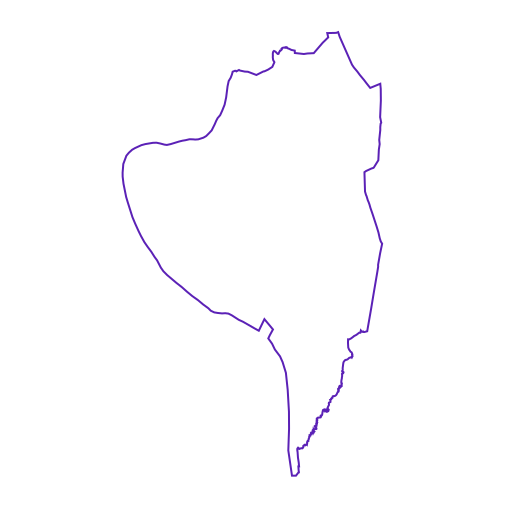 outline of Tabores pag., Daugavpils, Latvia, rotated 268°
{"feature_id": "27541924B89524282824071", "entity_name": "Tabores pag.", "entity_type": "district", "adm_level": 2, "iso_a3": "LVA", "parent_name": "Latvia", "parent_adm1": "Daugavpils", "projection": "equal_earth", "projection_center": [26.623, 55.872], "detail": "fine", "context": "isolated", "style": "outline", "palette": "violet", "viewbox_px": 512, "rotation_deg": 268, "n_neighbors": 0, "source": "geoboundaries", "source_scale": "gbopen_adm2", "svg_char_len": 5737}
<svg xmlns="http://www.w3.org/2000/svg" viewBox="0 0 512 512"><g transform="rotate(268 256 256)"><path d="M176.9,364.5L199.7,369.3L214.1,372.2L235.9,376.7L241.0,377.7L242.9,377.7L254.6,380.2L263.9,382.5L266.2,381.2L269.3,380.3L275.2,379.2L281.2,377.6L293.7,374.0L300.2,372.0L303.5,371.2L306.0,370.4L307.7,369.7L311.9,368.6L313.1,368.1L316.6,367.2L336.0,367.3L337.1,369.0L339.4,374.4L340.0,376.5L340.7,377.1L347.4,381.6L358.1,382.5L363.5,383.5L367.7,383.2L377.5,384.6L380.5,384.7L384.0,385.2L384.8,385.8L390.4,384.9L406.9,386.2L418.6,386.5L423.8,386.2L420.0,376.0L425.0,372.3L428.0,370.2L433.3,366.1L436.8,363.7L441.0,360.4L443.9,358.6L472.1,347.3L476.9,345.9L476.2,344.0L476.3,335.0L472.0,335.8L466.8,330.1L456.7,320.8L456.6,314.5L456.2,310.9L457.5,301.9L459.9,301.9L460.7,298.6L461.8,296.6L462.6,294.6L462.8,294.7L463.6,294.0L463.7,293.0L463.4,292.5L463.1,292.4L463.2,291.9L463.4,291.8L463.4,291.5L463.1,289.8L462.8,289.3L462.5,289.0L462.2,289.1L462.0,288.8L461.7,289.0L461.1,288.6L460.2,287.5L460.3,287.1L459.7,286.8L458.6,286.1L457.4,285.7L457.1,285.1L457.2,284.7L459.6,282.5L460.3,281.1L459.7,280.4L458.9,280.1L458.0,279.9L456.0,279.8L455.5,279.9L454.3,279.7L451.8,279.9L450.7,280.2L449.5,281.0L449.1,281.0L448.9,281.1L444.4,278.9L441.9,274.7L440.6,271.7L440.2,270.6L440.2,269.9L436.9,262.7L440.4,254.4L440.7,251.2L441.9,246.4L442.5,245.5L441.2,242.8L441.8,242.2L441.8,241.3L441.0,239.1L438.3,238.3L435.0,236.9L431.8,234.8L426.6,233.5L415.5,231.7L408.3,229.9L402.2,227.2L398.0,225.1L395.2,222.5L392.6,221.0L389.2,219.4L383.1,216.1L380.3,213.3L377.6,210.4L376.1,207.6L374.6,202.4L374.5,199.4L374.8,197.0L375.0,193.6L374.2,189.6L373.8,186.5L373.1,183.2L370.8,174.6L370.1,170.8L370.5,168.4L371.7,164.5L372.7,160.5L372.7,156.9L371.7,149.3L370.8,145.4L368.1,138.9L366.5,135.9L363.7,132.6L360.8,130.0L352.6,126.6L344.0,125.6L340.0,125.5L332.8,126.1L319.5,128.3L313.8,129.8L299.1,133.9L292.5,136.4L285.0,139.5L280.1,141.7L273.8,144.9L269.1,147.9L263.9,151.5L258.6,154.6L255.1,157.0L247.7,160.5L244.0,162.9L240.0,166.6L232.1,175.3L227.3,181.0L222.8,185.7L218.1,191.0L213.9,196.5L209.4,201.5L205.4,206.6L202.9,208.9L201.1,212.3L200.4,215.8L199.8,220.1L199.9,223.2L199.4,226.4L197.6,229.7L192.8,236.6L190.8,240.6L183.6,252.2L181.2,256.2L192.6,262.2L182.0,270.4L176.3,267.0L173.2,265.4L167.8,269.0L161.9,271.6L154.9,276.5L149.0,278.9L138.2,281.8L121.1,283.0L99.2,283.5L82.0,283.0L60.6,281.5L35.2,284.3L35.1,288.3L38.1,290.8L38.2,291.3L38.5,291.3L38.5,291.2L44.2,291.0L44.2,291.7L48.0,291.5L53.1,290.9L59.0,290.7L59.3,290.6L60.2,290.5L61.1,290.5L61.0,290.8L61.6,291.0L61.7,290.8L62.2,290.9L62.2,291.2L62.4,291.3L63.0,291.4L63.0,291.5L61.7,292.7L62.3,294.4L62.2,294.7L62.3,295.4L62.3,295.6L63.0,296.1L62.7,296.2L62.8,296.3L63.2,296.5L63.8,296.8L64.6,296.7L64.9,297.3L65.5,297.7L65.7,298.2L65.3,298.5L65.1,298.8L65.8,299.7L65.8,300.1L65.6,300.3L66.9,300.6L67.8,300.5L68.4,300.9L68.9,300.8L69.4,301.2L69.4,301.4L69.2,301.6L69.3,301.9L70.1,301.9L70.5,302.0L71.1,302.2L71.4,302.5L71.9,302.4L72.0,302.5L72.7,302.8L73.0,303.0L73.6,302.9L73.8,303.3L74.1,303.4L74.6,303.3L74.6,303.7L75.1,303.6L75.1,304.3L75.8,304.4L76.0,304.9L76.4,305.2L77.1,305.2L77.1,304.7L77.3,304.7L77.7,305.1L77.5,305.4L77.6,305.5L77.4,305.9L78.2,306.6L77.1,306.9L77.5,307.1L77.5,307.3L78.5,307.3L78.6,307.5L78.3,308.0L78.5,308.2L79.3,307.4L79.5,307.2L79.5,306.6L79.8,306.5L80.0,306.6L80.3,307.0L80.1,307.2L80.1,307.4L80.9,307.5L80.6,307.7L80.6,307.9L80.7,308.3L81.0,308.6L81.1,309.0L80.9,309.8L81.0,310.2L81.2,310.4L82.2,310.2L82.6,309.8L82.9,309.2L83.5,308.7L83.9,308.7L84.4,309.5L84.4,309.9L84.0,310.3L84.2,310.6L84.9,310.2L85.6,310.7L86.3,310.3L86.6,310.4L86.6,311.1L87.4,311.1L87.7,311.4L88.1,311.2L88.3,310.8L89.2,310.8L89.3,310.9L89.3,311.4L89.5,311.5L89.9,311.4L90.3,311.0L91.2,311.0L91.5,311.1L91.6,311.3L91.5,311.7L92.0,311.8L92.3,312.2L92.4,314.6L92.5,315.0L93.5,315.5L93.7,315.1L94.1,315.0L94.3,315.1L94.4,315.9L94.7,316.4L95.1,316.6L97.1,316.9L99.1,317.4L99.4,317.5L99.1,318.2L99.2,318.3L99.4,318.4L99.8,318.3L100.1,318.4L100.3,318.8L99.8,319.3L100.2,319.5L100.2,319.9L100.1,320.3L99.7,320.4L99.0,320.4L98.3,320.0L98.3,320.3L98.6,321.1L97.8,321.4L97.8,321.5L98.1,322.1L98.2,322.3L99.1,322.4L99.3,322.6L99.0,323.0L99.8,323.3L100.3,322.9L100.4,322.7L99.6,322.6L99.6,322.4L99.9,322.4L100.0,322.3L100.0,321.9L100.3,321.9L100.6,322.1L101.4,322.0L101.5,322.1L101.2,322.4L102.6,322.6L104.7,323.8L106.3,323.6L106.9,323.8L107.3,324.9L107.5,325.3L108.9,325.4L109.5,325.2L109.5,325.5L110.4,325.9L110.4,326.3L110.7,326.4L111.1,326.5L111.2,326.9L111.5,327.3L111.8,327.1L112.3,327.6L113.1,327.8L113.3,328.6L113.2,329.3L113.4,330.0L114.0,331.0L114.8,331.7L117.2,332.9L117.6,333.3L117.1,333.6L118.6,333.5L118.1,333.9L118.3,334.0L120.8,334.1L121.4,334.3L121.0,334.5L122.3,334.5L123.2,335.1L122.8,335.9L122.6,336.0L122.0,335.6L121.7,335.6L122.9,336.9L123.4,336.6L123.8,336.7L123.6,337.1L125.0,337.2L125.7,337.4L126.1,337.2L126.0,336.9L126.9,336.8L129.1,337.1L130.6,337.5L131.5,337.6L133.0,337.9L133.8,337.9L134.2,338.0L134.8,337.8L135.2,337.8L135.9,338.4L135.7,338.8L135.8,339.0L136.6,339.4L137.0,339.3L137.2,338.6L137.4,338.3L138.0,338.0L138.7,338.6L139.1,338.7L140.9,338.7L145.2,339.4L146.7,339.7L147.6,340.3L148.8,341.4L149.1,342.2L149.1,342.9L149.6,344.0L150.0,344.5L150.7,345.3L151.0,345.7L151.3,347.0L151.7,347.7L151.6,347.9L151.2,348.2L151.4,348.3L151.5,348.4L151.8,348.5L152.3,348.9L152.6,349.0L153.7,348.5L154.0,348.5L154.2,348.9L154.4,348.9L154.8,348.7L155.3,348.6L156.3,348.2L157.2,347.0L158.4,346.4L159.1,345.8L161.3,345.0L166.0,344.9L169.5,345.1L169.4,346.2L170.3,348.1L172.2,350.8L172.4,350.9L173.7,353.6L175.7,356.4L175.7,357.6L177.9,358.2L176.6,359.2L176.4,360.3L176.7,360.5L176.3,360.9L176.2,361.5L176.9,364.5Z" fill="none" stroke="#5b21b6" stroke-width="2"/></g></svg>